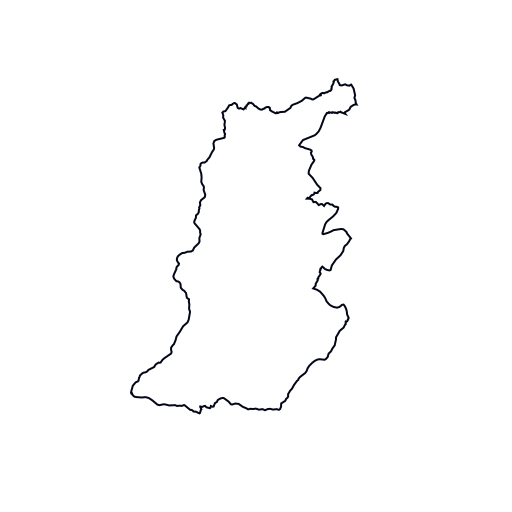 Toraja Utara, Sulawesi Selatan, Indonesia (Albers equal-area conic projection), rotated 229°
{"feature_id": "22746128B99951949618583", "entity_name": "Toraja Utara", "entity_type": "district", "adm_level": 2, "iso_a3": "IDN", "parent_name": "Indonesia", "parent_adm1": "Sulawesi Selatan", "projection": "albers", "projection_center": [119.857, -2.899], "detail": "fine", "context": "isolated", "style": "outline", "palette": "ink", "viewbox_px": 512, "rotation_deg": 229, "n_neighbors": 0, "source": "geoboundaries", "source_scale": "gbopen_adm2", "svg_char_len": 6136}
<svg xmlns="http://www.w3.org/2000/svg" viewBox="0 0 512 512"><g transform="rotate(229 256 256)"><path d="M363.3,291.1L361.0,285.6L360.6,282.7L360.0,281.0L360.3,278.4L361.4,277.3L361.9,276.0L361.9,274.6L360.4,273.0L360.0,271.3L354.1,268.7L351.1,266.6L347.8,263.3L345.3,262.5L343.1,262.3L341.9,261.7L340.2,259.8L335.4,257.8L334.0,255.9L334.2,251.1L333.2,248.8L330.9,247.3L330.0,245.0L329.1,244.6L328.0,242.8L326.7,241.7L326.0,239.9L326.0,237.4L324.2,235.6L323.0,232.7L321.9,231.4L321.1,231.1L313.1,231.0L311.8,230.4L309.9,228.9L308.7,228.5L306.7,225.0L303.9,222.8L303.2,220.9L302.9,214.9L301.6,211.9L302.0,209.9L304.2,207.1L305.2,204.3L306.7,202.1L307.1,199.1L307.0,196.7L306.0,194.7L304.7,193.5L302.4,192.9L300.8,192.9L300.0,191.7L299.8,189.2L299.3,188.1L298.3,187.2L296.2,182.5L294.9,180.3L292.9,179.4L291.0,179.3L289.2,179.4L288.2,180.3L286.9,180.9L285.2,180.9L284.0,180.4L281.4,178.4L278.7,178.4L276.7,179.0L274.4,178.9L273.8,178.8L270.0,176.5L268.6,176.6L267.3,177.1L265.4,175.2L263.4,174.1L260.3,171.1L259.1,170.3L257.8,170.0L256.8,169.2L252.1,163.4L250.8,160.7L250.8,154.9L248.8,148.8L247.4,143.2L245.2,140.0L243.3,136.2L243.2,134.3L242.5,131.8L241.0,130.4L239.0,129.4L238.3,128.4L238.1,127.6L239.0,119.8L239.0,117.5L238.2,114.1L238.6,113.2L239.4,112.7L239.9,109.9L239.7,108.0L239.0,106.4L240.6,100.2L240.3,97.9L240.7,96.2L241.5,95.1L242.0,93.6L242.0,91.8L241.9,89.9L241.1,88.9L240.9,88.0L239.0,85.5L238.9,84.6L239.6,82.2L238.9,77.9L235.0,72.1L233.8,71.7L233.6,72.3L232.1,71.7L229.7,71.9L228.1,73.1L224.2,76.9L221.9,80.1L219.2,81.9L215.3,83.0L208.5,84.1L206.8,85.2L204.7,89.0L203.3,90.3L200.2,92.4L196.5,97.1L194.5,98.1L193.4,99.9L191.5,101.7L190.8,103.8L190.3,104.2L183.1,105.4L182.0,106.4L181.1,106.8L179.6,106.8L178.1,108.4L174.3,110.1L174.3,110.8L175.9,113.2L176.1,114.2L178.8,114.9L179.0,115.2L177.4,116.4L176.7,118.7L176.3,119.2L174.4,119.3L171.4,121.3L171.4,122.1L172.4,123.5L170.8,124.3L170.2,125.2L171.9,128.5L171.5,130.8L172.3,132.4L172.3,133.4L171.7,136.0L170.6,137.9L169.8,138.5L164.2,139.8L160.5,139.8L159.6,140.5L158.2,143.6L155.7,145.9L150.8,147.1L147.2,148.9L145.7,149.3L145.1,150.0L144.7,151.1L142.1,153.8L141.0,155.7L138.1,157.4L136.1,160.5L133.7,161.6L132.8,164.4L131.4,166.4L128.9,168.1L126.9,171.1L125.2,172.1L124.7,172.8L124.7,173.7L125.8,176.0L128.2,178.3L127.5,183.0L128.4,185.0L128.4,186.7L128.8,188.0L130.7,189.6L132.0,193.6L132.2,196.0L133.7,200.0L134.8,204.7L134.8,206.6L135.5,207.8L135.8,210.0L135.4,216.5L136.1,219.0L137.4,221.3L138.2,224.2L138.5,228.4L138.3,231.6L137.7,234.0L136.5,236.2L132.7,239.7L132.4,241.1L132.7,243.7L134.7,246.8L134.8,249.9L136.1,253.1L136.9,256.7L140.6,261.7L142.1,263.0L144.6,270.2L144.5,275.2L145.7,278.0L145.7,279.0L146.4,279.4L146.9,280.2L147.5,280.4L147.6,280.6L147.0,280.7L147.0,282.3L147.6,283.2L147.5,283.7L148.0,284.1L148.4,285.3L151.9,286.3L154.7,288.2L157.2,289.4L160.3,290.2L161.9,290.2L162.7,288.8L162.8,285.5L163.9,283.2L166.9,281.0L170.2,279.7L172.4,279.5L175.4,279.5L178.8,280.6L181.5,281.0L186.8,281.0L190.3,280.0L194.0,277.9L194.5,281.5L195.9,282.9L197.2,286.7L198.3,287.3L198.1,288.2L199.0,288.9L199.8,292.2L200.3,293.2L201.5,293.5L201.9,293.4L202.7,294.3L203.2,295.5L203.6,295.6L203.8,296.4L204.1,296.4L204.4,298.2L204.5,299.1L200.5,299.6L198.3,300.9L196.9,302.0L196.5,303.2L199.1,307.0L199.8,309.7L200.9,314.1L201.1,320.2L202.5,325.1L204.5,327.6L205.3,329.6L205.2,332.4L206.0,335.9L206.9,338.0L206.9,339.2L213.5,339.5L214.4,340.0L217.2,339.8L219.0,339.4L220.7,337.8L224.6,331.5L225.4,328.1L226.5,324.9L228.4,321.0L229.2,320.8L229.8,321.3L234.5,328.9L235.4,331.6L235.5,334.7L235.3,340.1L235.8,344.9L237.7,348.9L238.8,349.9L240.8,348.7L241.2,348.0L243.3,347.3L244.6,347.4L246.3,345.7L248.5,345.2L249.5,344.1L249.8,342.8L249.1,340.2L251.9,339.9L252.8,338.7L253.2,336.8L257.1,336.7L258.0,336.2L258.9,334.7L262.0,335.4L264.0,334.1L265.9,332.0L266.1,333.1L265.1,333.8L265.0,335.1L265.5,337.8L265.0,338.4L264.6,340.2L264.8,341.0L265.4,341.7L263.7,343.1L263.2,343.9L263.7,344.8L263.6,347.8L264.9,349.2L269.6,348.9L277.8,350.0L283.5,349.7L285.5,351.6L288.5,357.7L289.7,362.5L290.6,363.2L291.4,362.8L292.1,362.9L292.7,363.5L294.0,364.0L296.0,364.2L297.9,365.2L298.3,366.6L299.2,367.1L300.9,366.6L305.5,363.6L307.1,363.1L309.5,361.3L311.3,361.2L312.7,367.5L308.6,379.4L308.5,381.6L308.9,385.0L310.4,388.8L316.3,399.6L317.4,403.3L317.0,403.6L316.8,404.9L316.3,404.7L316.0,404.9L316.1,405.8L314.2,407.2L314.5,407.8L314.3,408.2L313.4,408.6L312.9,409.3L312.2,409.4L312.0,410.2L310.5,410.9L310.3,412.0L310.6,412.5L309.3,414.0L309.4,414.4L308.3,414.7L304.7,416.6L306.0,416.7L306.2,417.4L305.3,421.8L305.6,423.4L306.4,425.0L306.4,425.7L306.0,428.7L305.0,430.8L304.4,431.3L306.1,431.7L308.2,433.2L310.8,434.0L312.2,436.2L318.3,439.5L322.9,440.3L323.2,439.6L323.2,438.3L325.5,436.4L326.8,436.1L327.3,435.5L328.4,432.7L330.0,431.3L330.7,431.7L334.0,432.3L336.0,433.5L337.3,431.0L336.8,429.5L336.9,429.0L336.2,428.7L335.3,427.2L334.2,424.1L333.9,424.1L333.2,423.5L333.0,422.8L332.1,422.2L331.8,420.6L332.4,419.9L332.9,416.9L333.4,416.6L334.2,414.0L335.1,413.6L335.6,412.8L335.9,411.2L334.8,410.5L334.8,410.1L335.6,409.7L335.4,409.4L336.5,402.2L337.2,401.2L338.7,400.6L342.5,397.9L343.1,397.0L343.1,392.3L344.2,387.7L346.1,382.7L346.1,381.1L345.2,379.1L345.9,372.5L348.7,368.7L349.3,367.5L349.5,366.2L350.1,365.8L350.6,365.9L350.5,365.0L350.8,364.5L354.8,362.8L356.9,362.3L357.6,363.0L358.3,363.0L358.9,363.7L360.1,363.3L361.2,362.1L361.9,360.2L361.7,359.2L362.2,358.4L362.5,356.6L363.7,355.4L365.7,354.6L368.8,354.2L370.2,353.4L372.6,353.5L374.8,352.9L375.3,352.1L376.3,351.3L376.3,350.6L375.8,350.1L376.1,349.7L376.0,349.1L375.5,347.9L375.8,347.5L375.1,346.6L375.4,345.4L374.6,345.0L375.1,344.7L374.8,342.8L377.9,341.3L378.1,340.3L378.9,339.6L379.9,339.4L382.9,340.9L385.4,340.4L385.7,339.9L386.1,338.2L386.0,336.7L386.8,335.7L387.3,334.5L386.4,332.1L385.5,328.4L385.5,327.7L386.4,326.2L386.3,324.7L383.9,323.8L381.9,321.9L378.3,321.2L375.7,318.2L373.0,316.7L371.9,315.4L372.3,314.4L369.5,312.9L368.3,312.7L367.2,311.0L366.3,310.6L366.0,309.6L369.8,302.2L370.1,299.9L368.9,297.7L364.9,295.2L364.0,293.9L363.3,291.1Z" fill="none" stroke="#020617" stroke-width="2"/></g></svg>